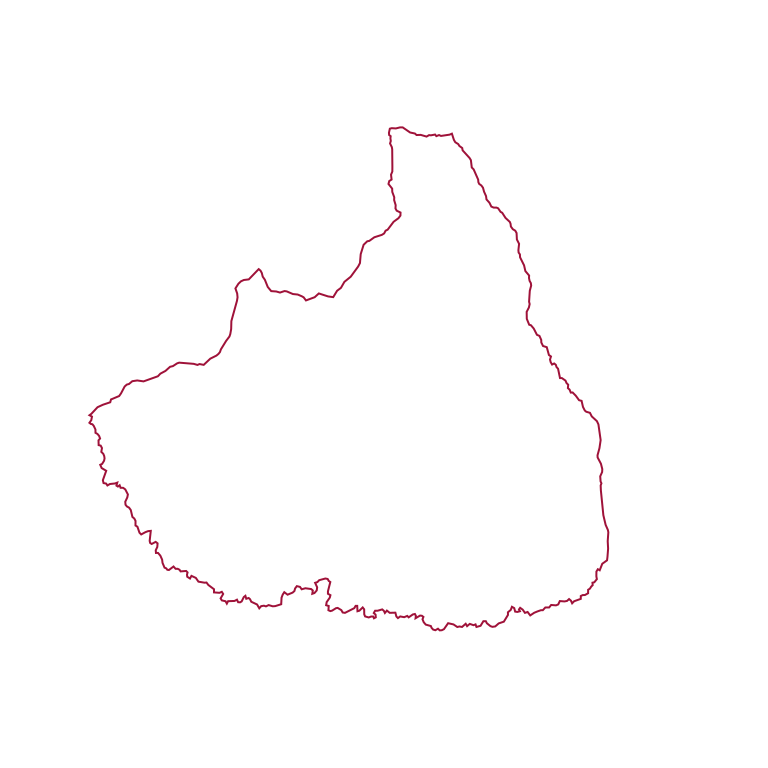 Amambai, Mato Grosso do Sul, Brazil (Equal Earth projection), rotated 199°
{"feature_id": "56859067B60164286614093", "entity_name": "Amambai", "entity_type": "district", "adm_level": 2, "iso_a3": "BRA", "parent_name": "Brazil", "parent_adm1": "Mato Grosso do Sul", "projection": "equal_earth", "projection_center": [-54.945, -23.219], "detail": "fine", "context": "isolated", "style": "outline", "palette": "rose", "viewbox_px": 768, "rotation_deg": 199, "n_neighbors": 0, "source": "geoboundaries", "source_scale": "gbopen_adm2", "svg_char_len": 6166}
<svg xmlns="http://www.w3.org/2000/svg" viewBox="0 0 768 768"><g transform="rotate(199 384 384)"><path d="M504.1,136.9L503.6,139.9L498.8,139.4L495.1,136.7L489.0,137.7L487.2,138.5L484.7,136.8L477.9,134.6L476.9,131.6L471.6,133.0L469.7,134.7L467.7,133.1L468.7,128.1L466.9,126.6L463.1,127.0L461.1,125.2L460.7,127.9L454.7,130.2L452.8,132.2L450.9,130.2L449.0,130.7L447.8,132.1L447.2,136.9L446.1,138.6L444.3,136.1L442.3,137.6L440.6,136.9L438.6,134.9L432.2,134.2L428.9,131.3L427.8,134.0L425.3,135.3L423.2,135.3L421.1,137.4L416.8,137.6L414.5,138.6L409.5,142.3L411.3,148.6L411.2,151.9L410.5,154.7L406.6,153.4L402.5,157.0L401.3,159.1L401.5,161.7L400.6,164.5L397.4,164.8L395.0,163.1L391.8,165.3L386.1,166.4L384.1,165.6L383.5,162.3L381.7,163.7L380.4,166.9L381.0,170.0L384.4,173.6L382.5,175.0L381.4,177.4L376.1,181.0L373.8,181.3L372.1,179.8L370.3,179.3L369.5,169.7L368.7,167.4L365.9,166.9L365.7,164.4L367.2,159.1L366.7,156.0L364.0,156.1L362.9,152.0L360.8,151.8L359.3,152.8L356.4,156.4L354.9,157.2L350.7,156.3L348.7,154.5L346.4,154.9L339.1,162.4L338.6,165.0L337.1,165.5L335.1,160.5L333.5,161.6L331.4,165.8L329.4,164.5L327.7,159.8L326.2,158.1L322.4,158.3L320.4,160.0L318.5,160.6L317.2,159.2L315.8,160.7L316.9,163.2L319.1,164.1L318.6,166.7L316.3,167.5L312.3,170.3L310.3,169.5L308.6,167.8L307.5,170.7L304.1,169.5L298.8,171.5L296.6,168.2L294.6,167.2L293.0,169.5L289.0,170.1L286.5,172.3L284.7,171.4L281.7,175.5L279.9,176.6L278.4,175.2L277.9,172.8L274.5,176.8L272.7,177.2L270.9,176.6L271.0,174.1L268.9,171.7L266.2,170.1L260.9,170.4L259.7,169.0L257.6,167.8L255.3,167.9L253.3,170.2L251.1,169.2L249.2,170.0L247.5,171.7L245.5,178.7L240.0,179.3L235.6,178.1L233.7,179.3L231.1,179.7L228.7,183.9L226.6,182.1L224.8,185.1L220.8,185.1L219.2,186.5L217.5,184.4L214.0,186.8L212.8,192.1L210.5,192.9L208.9,191.3L204.5,189.7L202.4,189.7L199.9,191.0L197.6,195.0L193.3,198.3L191.6,206.0L192.5,208.5L190.6,211.7L190.5,215.0L187.9,214.5L185.9,211.5L183.7,211.9L181.5,213.4L183.0,214.8L182.4,216.7L179.4,215.8L176.2,213.5L174.0,215.2L170.4,212.8L167.5,216.6L164.9,218.9L162.0,221.2L160.2,221.8L158.7,225.2L155.1,226.5L154.0,229.5L149.3,230.7L147.5,232.3L147.1,236.0L142.5,237.2L140.3,238.5L139.0,240.9L136.7,240.0L134.7,237.9L133.5,240.5L128.0,244.9L128.9,247.6L127.4,249.1L125.3,249.9L122.9,252.6L124.0,255.9L122.7,257.5L122.1,260.0L121.2,261.7L122.2,264.0L120.6,265.0L119.2,268.8L120.6,271.3L122.1,275.8L121.5,278.5L119.4,278.1L119.1,285.1L115.7,289.9L116.4,293.2L118.5,301.3L121.3,308.2L123.6,316.8L124.8,318.9L128.6,323.0L133.9,331.4L144.3,354.0L146.1,358.6L146.1,360.9L147.5,362.4L149.5,367.1L149.1,371.8L149.9,374.6L152.9,379.2L158.1,384.1L158.9,386.1L159.4,393.5L160.9,401.5L168.1,415.6L170.6,418.2L177.0,421.0L179.9,423.8L183.7,423.6L185.5,424.3L188.4,427.1L191.7,432.4L194.3,432.2L198.9,435.4L202.9,437.4L204.6,436.7L206.7,439.1L208.8,440.0L209.6,443.3L211.7,444.3L213.5,446.3L217.7,447.5L219.5,446.9L224.4,455.1L226.4,456.2L227.8,458.1L229.8,458.8L231.4,457.1L233.5,458.9L235.0,461.2L235.1,464.4L237.5,465.1L242.1,471.8L246.0,471.7L248.8,474.5L249.7,476.9L252.7,480.1L255.4,480.3L260.5,485.2L264.2,487.4L266.0,487.3L270.2,492.1L272.6,498.7L271.9,503.5L272.3,507.0L273.6,509.0L276.5,519.6L276.9,525.0L278.0,527.2L279.9,528.9L281.4,531.4L282.1,533.8L287.1,536.8L290.2,541.8L296.6,548.1L297.7,550.8L299.5,552.1L300.5,554.3L301.9,560.5L305.4,563.9L307.8,569.9L309.8,571.7L312.6,572.3L315.3,574.2L316.5,576.7L317.8,578.2L323.2,580.6L328.0,584.4L329.8,584.7L333.3,587.3L335.1,587.4L337.7,586.5L340.3,586.7L343.3,589.7L347.2,591.9L348.7,594.9L352.0,598.4L354.3,601.8L356.6,603.4L359.2,604.2L360.5,605.6L361.5,607.9L369.1,616.1L371.5,617.3L374.7,623.9L376.6,625.5L385.7,630.5L386.9,632.6L390.2,633.6L391.9,635.0L395.3,635.8L397.4,637.6L401.3,642.8L403.2,641.1L410.9,637.1L413.0,637.3L415.2,635.4L416.9,636.5L420.6,634.4L422.4,634.0L424.3,631.8L430.4,631.5L434.3,630.0L436.3,630.9L441.2,630.3L449.8,632.7L452.3,631.9L456.0,629.5L460.0,628.4L461.6,627.3L461.1,623.1L460.2,621.1L458.4,620.5L457.9,618.3L456.7,616.0L456.6,613.4L453.7,610.5L452.7,608.7L446.8,592.1L445.3,587.6L445.5,584.2L443.4,579.8L445.1,577.6L444.9,574.6L439.9,571.4L438.7,568.3L435.1,563.9L434.3,561.2L431.2,556.9L430.3,553.7L428.4,552.0L424.2,551.5L423.3,548.6L424.3,545.5L427.7,540.6L430.8,531.1L432.4,529.5L432.9,526.4L434.6,524.3L440.9,519.6L444.5,514.5L446.3,513.5L448.6,509.0L448.3,499.2L446.1,490.5L446.7,486.6L450.4,474.6L454.7,467.7L456.0,460.9L458.7,456.9L460.3,449.6L465.4,448.6L475.1,448.4L477.8,443.5L485.0,437.6L488.2,439.8L490.4,440.2L494.7,440.5L499.4,439.4L506.1,439.9L508.3,439.5L512.1,436.6L516.0,436.4L520.9,435.1L525.5,437.9L530.6,443.8L533.6,446.0L535.7,449.2L537.7,451.0L539.9,451.8L545.9,438.9L550.4,436.7L552.7,434.5L554.3,431.4L555.6,426.0L552.3,421.8L550.7,418.3L550.1,414.8L548.8,393.8L546.4,386.2L545.6,381.2L545.6,378.6L547.3,373.4L549.5,363.6L549.5,360.8L550.3,358.6L551.7,356.3L556.5,351.4L560.7,343.4L564.9,342.8L566.6,341.3L570.5,341.1L584.6,337.5L586.3,336.2L589.4,332.2L591.9,330.6L594.9,325.2L598.8,321.0L600.3,317.7L612.2,308.2L618.5,307.0L622.9,304.7L625.1,301.0L627.0,299.7L628.4,297.2L629.6,289.5L630.5,286.4L637.1,280.5L636.9,277.6L643.0,272.9L647.3,268.8L651.0,260.5L652.3,258.6L649.5,258.1L649.0,254.5L649.9,251.4L648.2,250.8L646.6,251.0L644.8,249.9L642.0,247.0L640.9,243.9L638.7,243.5L636.5,242.2L634.7,240.0L635.6,237.8L633.9,233.3L631.8,233.5L629.8,231.6L629.2,227.8L626.7,226.6L625.1,224.8L624.0,222.7L623.7,220.3L624.5,216.7L626.0,215.2L623.6,212.6L618.4,211.5L618.5,201.5L616.9,199.0L614.3,199.4L612.5,198.0L610.6,200.2L605.9,202.4L604.1,203.9L603.9,200.8L602.2,200.4L601.0,202.2L599.3,200.1L596.8,200.9L594.3,200.1L590.2,196.2L589.8,193.2L590.3,188.4L589.1,185.7L587.2,184.5L584.8,184.1L582.4,182.4L578.6,176.4L576.3,175.5L574.4,173.7L572.9,169.3L570.7,168.8L566.8,163.8L564.6,162.7L561.3,166.3L559.1,168.1L556.7,169.2L554.5,159.4L553.4,157.6L551.6,157.1L548.5,160.4L546.2,159.6L545.3,156.1L545.7,152.5L544.6,150.0L542.7,150.7L539.6,148.9L536.6,145.7L535.2,142.8L531.7,138.9L529.9,138.8L528.4,137.8L526.8,138.1L523.6,142.9L520.9,141.4L518.9,142.1L516.9,141.8L515.3,140.6L510.2,142.8L508.4,141.9L508.2,139.6L507.3,137.7L504.1,136.9Z" fill="none" stroke="#9f1239" stroke-width="2"/></g></svg>